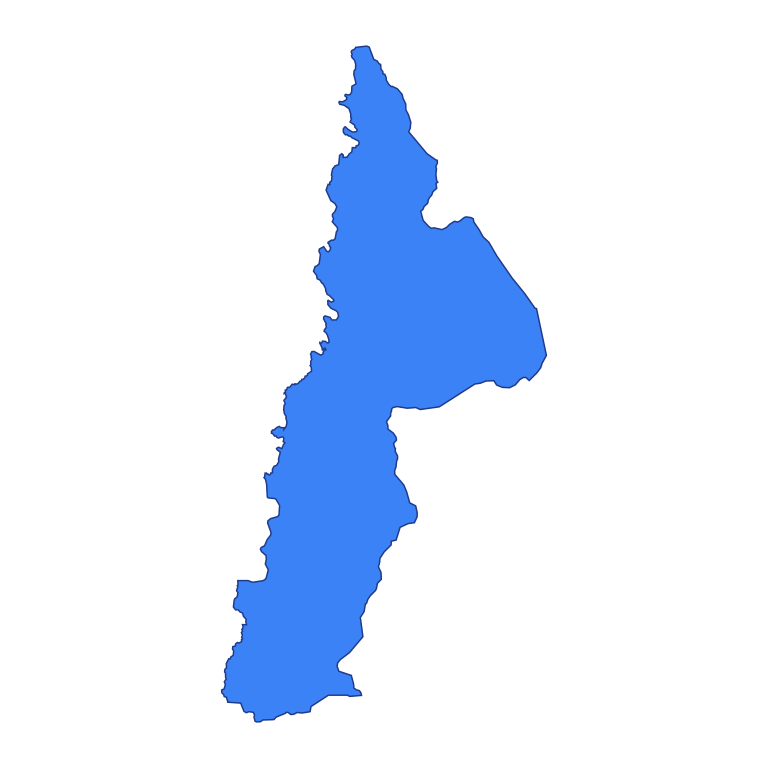 the district of Wenchi Municipal, Brong Ahafo, Ghana
{"feature_id": "2480657B27014820297576", "entity_name": "Wenchi Municipal", "entity_type": "district", "adm_level": 2, "iso_a3": "GHA", "parent_name": "Ghana", "parent_adm1": "Brong Ahafo", "projection": "robinson", "projection_center": [-2.148, 7.803], "detail": "fine", "context": "isolated", "style": "filled", "palette": "blue", "viewbox_px": 768, "rotation_deg": 0, "n_neighbors": 0, "source": "geoboundaries", "source_scale": "gbopen_adm2", "svg_char_len": 6092}
<svg xmlns="http://www.w3.org/2000/svg" viewBox="0 0 768 768"><path d="M529.2,380.5L537.1,372.6L540.7,367.7L542.1,363.3L546.4,355.4L536.5,308.6L534.9,308.1L524.8,293.7L512.1,278.0L496.9,256.1L488.9,242.3L483.1,236.9L479.1,229.7L473.9,222.1L473.2,218.7L471.0,217.6L466.1,216.9L464.3,217.5L459.3,221.4L457.3,222.0L454.5,221.3L449.8,224.2L446.6,227.4L442.1,229.6L433.8,227.8L431.5,228.4L428.6,226.4L423.2,220.5L420.7,211.3L423.0,209.4L424.1,206.5L427.3,203.6L428.1,201.9L428.0,200.6L429.4,197.7L431.6,195.3L433.0,191.6L436.7,188.4L436.0,183.3L437.8,182.3L436.6,180.4L435.9,174.2L436.5,168.6L435.8,166.7L437.4,163.0L437.3,160.3L435.8,159.9L427.0,153.7L408.7,131.8L410.2,128.4L410.8,122.3L408.4,114.6L405.9,110.0L405.7,103.9L403.1,98.5L402.1,94.4L397.4,88.8L392.1,86.3L391.2,86.6L388.8,84.4L386.4,80.3L386.1,77.3L384.7,74.2L383.2,74.1L382.7,71.3L381.0,69.4L380.6,64.4L379.1,63.8L377.2,61.0L373.8,59.4L369.2,47.1L366.7,46.1L355.6,47.4L355.4,48.6L351.8,50.6L351.2,52.0L352.2,54.3L351.5,55.6L351.8,57.2L354.6,60.4L355.7,64.2L355.5,69.1L354.1,70.8L353.8,74.4L356.1,83.8L351.9,86.3L351.6,92.3L350.1,94.3L349.2,95.0L345.6,94.4L344.9,95.1L345.2,96.3L346.8,97.4L346.5,99.6L342.7,101.8L339.3,101.5L339.0,102.7L339.8,104.3L344.0,105.2L349.0,108.6L350.7,113.8L350.8,117.7L351.6,118.4L350.1,122.0L354.6,125.1L354.9,127.2L357.1,129.6L356.9,131.0L356.2,131.7L352.5,132.1L348.0,129.3L345.5,126.9L344.6,127.0L343.3,129.0L343.3,131.8L343.9,133.1L345.4,134.8L347.0,134.7L348.6,136.0L350.5,136.2L351.7,137.6L357.9,140.7L358.7,141.3L359.2,143.5L358.1,145.3L356.1,145.9L355.7,147.7L352.3,147.6L351.8,151.9L349.3,153.9L347.0,157.2L343.1,157.4L343.3,155.1L341.8,153.7L339.6,155.4L338.7,164.6L335.0,165.9L332.6,169.0L331.4,175.0L332.0,176.5L331.5,180.8L329.7,182.4L329.9,184.6L328.1,184.3L326.1,190.1L330.8,200.6L335.0,203.6L336.8,206.9L335.0,211.4L332.5,214.2L332.4,216.2L333.6,218.7L332.3,221.8L337.5,227.7L337.4,230.5L336.4,231.8L335.1,238.8L333.2,240.3L331.5,240.1L328.1,242.2L328.0,243.2L328.8,243.5L329.7,246.5L330.8,247.7L329.8,250.5L328.6,251.7L326.8,251.4L323.7,246.7L319.4,249.0L318.9,251.1L320.4,254.4L319.2,263.7L317.0,265.8L315.1,266.5L313.5,271.2L316.6,275.4L317.2,278.8L319.9,280.0L321.8,283.0L323.3,284.1L325.6,288.6L325.8,291.0L327.3,294.5L329.0,295.2L333.5,299.6L333.8,301.0L331.3,302.2L328.3,300.3L327.8,300.6L327.9,304.6L330.9,308.2L336.4,310.9L337.8,312.6L338.5,316.5L336.4,319.9L331.9,320.0L330.1,317.4L325.1,315.9L323.7,317.0L323.6,318.9L326.2,323.8L325.8,324.7L326.3,326.8L325.6,328.6L324.6,329.3L324.1,331.3L326.0,332.7L327.3,335.0L328.8,339.4L329.0,342.5L327.5,343.0L325.4,341.4L322.5,341.1L321.9,342.7L320.8,343.3L319.9,342.4L319.7,343.0L321.8,347.2L322.4,350.0L324.9,348.1L326.0,349.7L324.2,350.4L323.1,352.4L323.3,353.6L320.9,355.2L314.0,351.4L311.9,351.6L310.5,354.3L311.5,356.1L311.0,357.0L311.8,359.2L310.8,361.1L310.8,364.7L310.1,365.6L311.3,367.2L311.5,371.3L307.7,373.7L307.1,375.7L305.1,376.2L304.9,377.7L303.1,379.4L301.9,379.3L301.3,380.9L300.0,381.2L298.1,383.5L296.7,384.1L294.9,383.8L294.8,384.7L292.1,384.2L289.8,387.2L287.4,387.4L286.6,389.8L285.3,390.1L285.4,392.5L284.4,392.6L284.1,393.6L285.3,393.3L286.5,397.1L283.9,400.4L285.3,403.7L284.1,405.3L283.7,409.7L284.4,413.6L286.1,416.4L285.9,418.2L287.0,422.2L286.2,426.3L284.0,429.3L284.2,427.7L280.7,427.6L279.3,426.4L276.8,427.5L273.8,430.1L272.5,430.0L271.4,431.7L271.5,433.3L272.7,433.5L274.6,436.1L275.8,435.9L277.2,437.6L278.7,438.0L282.0,436.9L283.4,437.2L283.8,439.0L283.2,441.6L284.9,442.8L283.4,444.8L281.8,448.7L278.6,447.2L276.5,448.4L277.0,449.7L280.3,452.2L278.5,459.0L278.8,461.5L276.8,465.2L273.9,466.4L272.4,469.5L272.5,472.7L270.7,473.1L270.4,474.4L269.2,475.1L267.9,473.9L266.9,474.0L266.6,473.1L265.1,473.1L264.6,477.0L264.0,477.6L265.5,479.4L266.6,484.0L267.3,497.0L268.2,497.9L275.0,498.6L276.2,499.6L279.6,505.4L279.0,515.0L277.4,516.7L270.7,518.6L268.0,520.7L267.6,522.9L271.0,532.4L270.7,535.0L267.2,539.6L264.6,545.7L261.2,547.5L260.4,549.2L261.6,551.7L266.1,555.6L266.3,559.6L265.3,564.0L268.3,569.8L266.2,577.9L265.2,579.4L262.9,580.7L252.6,582.3L248.0,580.6L237.8,580.6L238.0,584.9L237.3,585.5L237.8,586.5L236.6,590.7L237.8,592.5L237.7,593.8L237.1,596.9L234.8,598.7L234.2,600.1L233.4,607.0L235.5,609.8L238.3,609.9L239.8,611.8L242.6,613.1L243.4,616.2L246.2,619.4L245.8,621.7L246.5,624.7L242.5,624.6L243.1,626.6L242.8,628.3L241.8,629.5L242.6,631.2L241.4,632.5L242.4,635.3L241.6,637.5L242.6,638.8L241.4,639.8L241.7,641.5L239.1,643.0L237.3,642.5L235.5,644.1L235.4,646.1L232.8,646.6L232.5,649.0L233.7,651.1L233.2,655.3L230.7,657.1L230.3,658.8L228.7,658.8L226.3,663.6L226.5,667.9L224.9,669.3L224.6,672.0L225.5,673.2L225.6,677.4L226.3,678.8L224.3,681.8L225.4,684.6L224.0,689.1L222.0,689.7L221.6,690.4L221.9,692.9L223.7,694.6L224.2,696.5L226.6,697.4L227.1,700.0L227.9,701.2L227.7,702.2L240.7,703.1L244.0,711.4L246.4,712.7L248.8,711.7L253.3,712.3L254.5,714.9L254.0,717.2L255.1,721.3L256.6,721.9L260.6,721.7L262.7,720.0L273.9,719.6L276.1,717.1L285.4,713.3L286.0,712.4L288.1,712.4L290.7,714.5L293.7,714.3L297.1,712.5L302.0,713.0L310.1,711.7L311.0,706.5L328.4,695.2L347.4,695.2L349.7,696.4L361.5,695.4L360.8,692.5L359.3,690.6L356.5,689.9L353.9,688.1L353.6,684.2L351.3,675.4L338.9,671.3L337.1,666.3L337.7,662.8L340.4,659.5L349.5,652.6L362.9,636.7L360.3,617.5L364.1,611.6L365.4,604.1L366.4,603.5L367.9,599.2L370.3,595.7L375.4,590.6L376.4,588.7L377.4,583.4L381.3,579.3L381.0,572.5L378.4,566.7L379.5,563.1L380.0,558.2L384.3,551.7L391.1,545.0L391.3,541.2L396.1,540.1L400.1,527.3L408.1,523.6L414.4,522.7L417.1,516.9L417.2,512.6L415.7,505.9L409.7,502.8L406.6,491.7L403.8,485.0L394.8,474.4L394.7,470.5L396.0,467.0L396.6,461.0L397.5,459.2L397.6,456.0L395.2,451.3L395.4,448.3L394.7,447.8L393.6,443.4L396.5,440.1L396.4,439.3L396.0,437.1L393.2,433.0L388.0,429.1L387.8,425.2L386.6,422.3L386.9,421.0L390.6,416.0L390.7,412.6L391.4,411.6L391.8,408.6L393.3,407.4L397.3,406.6L407.3,408.2L415.8,407.5L420.3,409.5L439.3,406.8L474.9,384.0L480.4,383.2L486.0,381.0L493.9,380.7L496.6,385.0L502.5,387.4L509.5,387.7L515.4,384.8L519.7,379.7L523.2,377.5L525.9,377.5L529.2,380.5Z" fill="#3b82f6" stroke="#1e3a8a" stroke-width="1.5"/></svg>